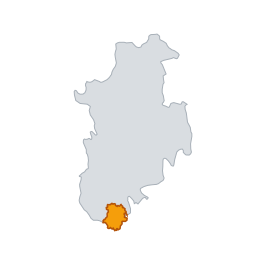 Republic of Serbia, with Zapadno-Backi highlighted, rotated 230°
{"feature_id": "SRB-273", "entity_name": "Zapadno-Backi", "entity_type": "District", "adm_level": 1, "iso_a3": "SRB", "parent_name": "Republic of Serbia", "parent_adm1": "", "projection": "natural_earth1", "projection_center": [19.294, 45.728], "detail": "fine", "context": "in_parent", "style": "filled", "palette": "amber", "viewbox_px": 256, "rotation_deg": 230, "n_neighbors": 0, "source": "natural_earth", "source_scale": "10m", "svg_char_len": 5831}
<svg xmlns="http://www.w3.org/2000/svg" viewBox="0 0 256 256"><g transform="rotate(230 128 128)"><path d="M143.1,100.4L148.8,102.0L151.4,103.6L152.7,105.5L156.4,106.9L162.2,107.5L166.3,109.5L168.7,113.0L172.4,112.1L177.6,107.1L182.6,105.7L187.7,108.2L190.5,110.2L190.9,111.7L189.8,112.4L187.0,112.1L184.7,113.0L182.9,115.3L182.7,117.6L184.0,120.2L185.8,121.9L188.1,122.9L189.3,124.2L189.5,125.9L190.1,126.3L188.8,127.1L187.4,128.3L186.6,130.3L186.5,133.5L182.0,136.0L180.4,136.5L179.6,138.2L178.5,142.9L178.7,146.4L179.3,148.3L179.6,149.7L181.1,151.6L182.4,154.3L183.4,158.0L185.3,160.9L190.3,163.7L192.8,165.3L194.7,167.6L196.1,169.8L200.2,172.6L200.0,174.6L199.1,176.6L198.2,177.6L196.2,180.1L194.2,181.5L191.0,186.0L185.8,186.3L184.5,186.6L182.6,187.9L181.7,190.1L182.6,191.9L182.5,193.8L181.6,197.3L182.9,201.1L184.8,202.8L185.1,203.8L184.8,205.6L182.1,209.2L181.3,210.6L178.6,211.2L177.6,210.9L176.2,209.7L174.9,209.3L171.6,210.8L168.3,211.7L165.7,211.0L163.1,210.9L161.3,211.5L160.0,211.7L157.3,213.3L153.1,214.4L151.1,214.2L150.4,212.7L149.6,210.6L150.0,209.6L152.8,208.0L153.1,206.4L156.9,198.8L157.6,196.3L157.7,195.5L156.6,195.0L154.5,195.0L144.9,191.9L145.3,188.4L142.5,186.5L139.5,184.7L139.0,182.9L135.6,179.0L133.1,176.9L130.0,175.8L127.3,174.2L125.7,173.3L124.9,171.5L124.9,170.4L124.1,169.4L122.8,169.5L120.6,170.9L117.9,172.1L117.5,173.0L118.5,175.2L119.2,176.5L118.8,177.8L118.0,179.4L112.8,183.0L112.2,184.2L113.2,186.3L112.6,187.2L108.2,188.5L108.4,187.4L108.1,185.6L105.6,183.8L102.0,182.3L94.2,177.3L91.2,176.7L88.5,176.1L84.6,173.7L82.7,173.3L80.5,171.5L75.7,165.8L71.6,162.6L68.8,161.1L68.0,159.5L67.9,157.9L68.0,157.4L70.1,155.1L71.7,154.8L73.8,154.7L75.1,155.9L76.9,156.1L77.9,154.7L78.5,152.5L78.2,149.9L73.9,143.6L70.2,139.3L69.7,138.3L70.5,137.5L71.8,137.1L73.2,137.5L76.9,137.8L80.4,137.4L81.5,136.3L81.5,134.9L80.3,133.6L76.2,130.0L73.0,126.9L69.3,124.5L66.5,123.5L65.7,122.3L65.3,121.0L65.7,118.6L65.8,115.5L66.5,113.6L69.0,110.0L71.4,106.2L72.9,102.5L73.6,99.0L73.3,98.1L72.1,97.3L69.5,96.6L65.8,97.2L62.7,98.5L61.5,98.6L61.1,97.0L61.6,96.4L62.6,96.5L63.4,96.7L64.2,96.0L64.7,94.0L63.4,86.8L65.8,86.2L65.8,85.1L66.0,84.2L68.4,85.5L71.8,85.5L74.7,85.2L75.2,84.5L75.1,83.5L74.5,82.7L73.5,82.1L72.7,81.1L70.7,80.6L64.5,78.0L61.4,75.3L61.6,72.4L62.4,70.8L63.5,70.2L63.2,69.7L59.7,68.3L58.5,66.5L59.5,64.1L57.7,59.2L55.8,56.2L57.6,54.9L57.9,53.0L58.1,52.0L58.8,52.0L61.9,50.7L63.0,49.7L63.6,48.6L64.3,48.3L66.4,49.6L68.5,49.7L70.9,48.9L72.7,47.7L74.9,46.8L75.8,46.2L77.1,45.2L79.6,42.2L82.5,41.6L86.3,42.3L90.4,42.6L93.5,41.9L101.3,42.8L103.0,43.5L104.1,44.2L106.2,46.8L108.2,50.1L110.9,51.6L114.2,53.4L115.9,54.7L118.4,58.6L120.3,60.6L121.0,60.5L121.6,60.0L122.1,59.6L122.6,59.9L122.6,61.1L122.8,63.8L122.3,66.6L123.0,69.3L123.0,70.1L122.6,70.9L122.6,71.6L123.3,72.3L126.0,74.1L128.5,76.8L131.3,78.7L133.9,79.9L135.6,80.0L138.3,82.2L143.7,83.8L145.5,84.4L146.6,85.3L147.5,86.3L147.6,87.5L146.7,88.0L145.6,89.5L145.1,91.4L144.3,91.9L143.4,91.9L142.8,92.4L143.0,93.2L143.7,94.0L144.8,94.7L147.0,95.4L149.1,96.4L149.1,97.2L148.6,98.1L145.9,98.4L143.9,98.5L143.0,98.9L143.1,100.4Z" fill="#d9dde1" stroke="#a8b0b8" stroke-width="1"/><path d="M69.4,50.0L70.4,49.8L70.8,49.4L71.0,48.8L71.2,48.3L71.6,48.0L71.8,48.2L72.0,48.4L72.1,48.5L72.2,48.8L72.3,48.9L72.5,49.2L72.6,49.3L72.9,49.3L73.0,49.4L73.1,49.5L73.0,49.8L73.0,50.1L73.3,50.7L73.3,50.8L73.2,50.8L73.1,51.0L72.9,51.2L72.8,51.3L72.7,51.5L72.8,51.8L73.0,52.2L73.1,52.5L73.3,52.8L73.3,53.0L73.4,53.7L73.3,54.0L73.4,54.3L73.4,54.5L73.4,54.8L73.5,55.0L73.9,55.5L74.2,55.8L74.4,55.9L74.8,56.1L75.1,56.4L75.3,56.6L75.8,57.0L76.1,57.4L76.1,57.5L76.1,58.0L76.1,58.3L76.3,58.4L76.4,58.5L76.4,58.9L76.4,59.0L76.5,59.1L77.1,59.5L77.4,59.7L77.7,59.9L77.9,60.0L78.0,60.1L78.3,60.1L78.6,59.9L78.8,59.6L79.0,59.5L79.1,59.4L79.3,59.3L79.6,59.3L79.8,59.4L80.0,59.5L80.4,59.9L80.6,60.0L80.9,60.1L81.1,60.3L81.1,60.5L80.7,60.9L80.6,61.0L80.5,61.3L80.5,61.5L80.7,61.8L81.1,62.0L81.3,62.1L81.7,62.2L81.9,62.3L82.0,62.4L82.1,62.5L82.4,63.0L82.4,63.3L82.0,63.6L81.6,63.9L81.2,64.4L81.1,64.7L81.1,64.8L80.8,65.1L80.7,65.2L80.6,65.4L80.5,65.5L80.5,65.8L80.6,66.0L80.8,66.2L80.8,66.3L80.8,66.6L80.7,67.0L80.6,67.3L80.2,67.4L79.7,67.4L79.4,67.5L79.2,67.7L79.2,67.8L79.2,68.2L79.2,68.3L78.9,68.6L78.8,68.9L78.7,69.0L78.1,69.3L77.9,69.4L77.7,69.4L77.3,69.1L76.8,68.8L76.7,68.7L76.4,68.8L76.2,68.8L76.0,69.0L75.9,69.0L75.5,69.1L74.9,69.3L75.0,69.8L75.1,70.0L75.1,70.5L74.9,70.6L74.7,70.6L74.1,70.9L73.7,71.1L73.6,71.3L73.6,71.5L73.6,71.9L73.6,72.0L73.7,72.3L73.9,72.6L74.0,72.9L74.0,73.0L73.9,73.5L73.3,73.4L73.0,73.4L72.9,73.4L72.6,73.4L72.3,73.4L72.2,73.4L71.8,73.5L71.7,73.6L71.4,73.5L71.3,73.4L71.1,73.1L70.8,72.8L70.7,72.7L70.4,72.7L70.3,72.8L70.2,73.0L70.2,73.3L69.9,73.4L69.7,73.4L69.4,73.4L69.2,73.5L68.8,73.6L68.4,73.7L68.1,73.8L67.9,73.7L67.7,73.5L67.7,73.4L67.7,73.2L67.4,72.9L66.8,72.6L66.7,72.6L66.4,72.6L66.2,72.7L66.0,72.8L65.6,72.8L65.3,72.8L65.2,72.7L64.9,72.6L64.9,72.4L64.8,72.1L64.7,72.1L64.5,71.9L64.2,72.0L64.1,71.9L63.7,71.7L63.4,71.5L63.3,71.4L63.2,71.4L62.9,71.5L62.6,71.7L62.4,71.7L62.2,71.4L61.9,71.2L64.0,71.3L65.0,70.4L64.6,69.7L64.1,69.5L63.6,69.4L63.1,69.2L62.7,68.9L62.6,68.7L62.4,68.5L62.2,68.1L61.9,67.9L61.6,68.0L61.3,68.2L60.7,68.5L60.4,68.9L59.9,69.2L59.3,69.2L58.9,68.9L58.3,67.9L58.0,67.7L58.1,67.3L58.1,66.5L58.3,65.7L58.7,65.3L59.1,65.0L60.0,63.9L60.2,63.5L60.0,62.9L59.5,62.5L58.9,62.2L58.4,61.8L58.2,61.3L58.0,59.9L57.9,59.3L56.9,58.2L56.6,57.8L56.1,57.3L56.0,57.1L56.0,56.9L56.1,56.7L56.2,56.4L56.3,55.2L57.4,55.1L57.9,55.1L58.1,54.8L58.0,54.4L57.6,54.1L56.9,53.6L57.2,53.2L57.5,53.0L58.1,52.7L57.9,52.0L60.0,52.1L60.7,52.4L60.9,52.3L60.9,52.2L60.6,51.6L60.6,51.3L60.7,51.1L61.5,50.6L62.4,50.7L63.0,50.6L63.0,49.3L63.6,48.5L64.4,48.2L65.1,48.4L65.7,49.3L66.4,49.7L69.4,50.0Z" fill="#f59e0b" stroke="#b45309" stroke-width="1.5"/></g></svg>